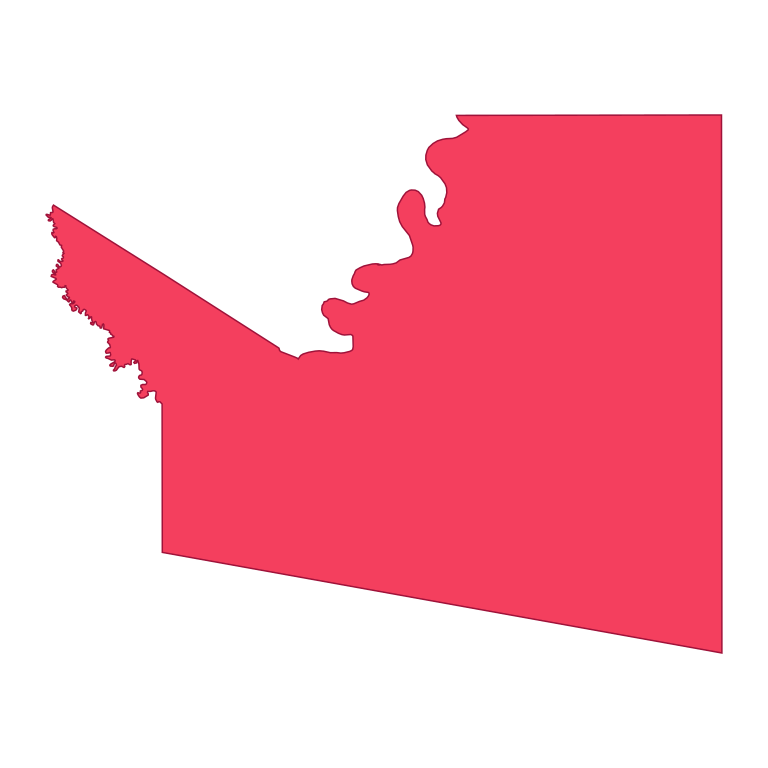 Tarapacá, Amazonas, Colombia (Albers equal-area conic projection), rotated 90°
{"feature_id": "7082276B95886697546678", "entity_name": "Tarapacá", "entity_type": "district", "adm_level": 2, "iso_a3": "COL", "parent_name": "Colombia", "parent_adm1": "Amazonas", "projection": "albers", "projection_center": [-70.159, -2.606], "detail": "fine", "context": "isolated", "style": "filled", "palette": "rose", "viewbox_px": 768, "rotation_deg": 90, "n_neighbors": 0, "source": "geoboundaries", "source_scale": "gbopen_adm2", "svg_char_len": 6168}
<svg xmlns="http://www.w3.org/2000/svg" viewBox="0 0 768 768"><g transform="rotate(90 384 384)"><path d="M552.4,605.7L653.0,46.1L115.0,46.5L115.4,311.6L117.3,311.0L120.5,309.1L124.6,305.3L128.1,300.4L128.9,299.7L129.9,299.9L131.8,302.3L137.3,311.4L138.4,315.4L138.7,321.6L139.3,325.3L140.9,330.5L143.5,334.9L147.4,339.1L150.3,340.7L155.1,342.1L159.6,342.2L164.9,340.6L171.0,336.2L173.1,333.7L173.5,333.5L175.7,329.7L177.7,327.4L183.8,323.0L187.7,321.5L192.7,321.2L197.4,322.3L198.9,323.1L202.9,323.6L206.2,325.5L207.6,326.9L209.2,329.4L213.3,330.6L216.3,330.2L222.6,327.1L223.8,327.0L224.5,327.3L225.2,328.0L225.7,329.5L225.9,334.0L224.9,336.9L223.7,338.7L222.1,340.1L219.5,341.0L216.5,342.6L214.3,343.3L209.5,343.4L207.1,343.1L203.1,343.5L198.5,344.8L195.3,346.3L191.6,349.7L190.2,352.8L190.0,356.7L190.4,358.5L192.4,361.9L196.1,364.8L203.6,369.1L207.6,370.5L210.6,370.6L216.7,369.7L221.7,368.3L226.6,365.7L235.5,358.6L245.2,355.3L247.2,354.9L251.2,355.0L253.4,355.5L256.0,357.0L257.4,359.0L260.0,368.0L262.9,371.8L263.9,375.2L264.3,377.9L264.5,384.0L265.0,386.2L264.4,388.1L264.9,388.3L264.9,389.7L264.6,390.4L264.2,390.4L264.1,388.9L263.9,390.2L263.8,392.4L264.0,395.7L266.0,404.1L267.8,408.1L270.0,411.9L271.4,412.8L273.7,413.6L275.8,414.8L279.6,416.1L281.1,416.2L283.8,415.9L286.5,414.6L288.2,412.7L291.0,406.2L291.8,403.7L292.4,399.8L293.1,399.0L294.1,398.8L296.2,399.7L297.9,401.1L300.2,404.3L301.4,408.5L303.8,414.2L304.2,416.4L303.0,420.5L300.9,424.5L298.4,432.9L298.9,438.0L299.5,439.6L300.6,440.3L301.3,441.5L301.8,443.8L304.1,444.7L305.5,445.8L309.7,446.3L312.8,445.5L315.2,444.3L318.6,439.9L324.8,438.7L327.5,437.4L329.4,435.9L330.5,434.5L333.2,429.7L334.6,426.1L335.0,423.6L334.5,417.2L335.0,416.1L336.1,415.1L346.8,414.8L349.4,415.3L350.4,416.2L351.4,418.2L352.8,424.0L353.1,427.3L352.6,431.2L352.7,437.6L351.2,444.4L350.8,448.7L351.1,452.8L352.3,459.4L354.0,464.9L355.5,467.3L359.0,469.8L358.4,470.2L357.1,473.1L351.7,487.1L350.5,488.4L348.2,489.0L347.8,489.5L274.4,604.3L205.1,714.5L206.5,715.4L207.8,715.7L211.5,715.0L212.4,715.3L212.6,717.4L215.0,717.7L215.1,718.5L214.3,721.1L214.5,721.8L215.0,721.9L217.4,719.6L217.3,717.6L217.6,717.0L218.3,717.2L219.7,719.5L220.3,719.7L220.7,719.5L221.0,717.9L220.1,716.6L218.8,715.6L219.0,715.0L222.4,714.4L223.7,713.2L225.0,714.6L225.8,714.8L226.7,713.8L227.4,711.3L228.1,710.9L228.7,711.5L228.8,713.7L229.3,714.8L230.6,714.9L232.5,714.1L232.9,714.5L232.6,716.1L233.9,716.2L235.1,715.6L237.7,713.5L237.6,712.8L236.7,712.6L236.3,712.3L236.7,711.6L238.4,711.2L240.7,711.4L242.2,709.5L244.9,708.1L245.4,706.4L247.2,706.7L251.1,704.3L252.8,705.1L253.3,704.0L255.3,705.7L255.9,705.7L256.8,704.6L257.7,704.6L258.2,705.1L258.5,706.1L258.9,706.4L259.8,706.0L260.6,705.1L261.2,705.2L261.5,705.9L261.2,708.4L259.8,709.4L259.8,709.9L260.5,710.1L261.3,710.0L262.8,707.8L263.9,707.0L265.3,706.6L266.1,706.8L266.8,707.7L266.9,708.6L264.4,710.4L264.4,711.2L265.1,711.7L266.1,711.7L267.4,710.0L268.3,709.3L269.8,711.8L270.6,711.8L271.6,711.3L272.2,711.4L272.4,712.3L272.1,712.9L269.9,714.5L270.0,715.0L270.8,715.6L271.7,715.6L272.2,715.3L273.9,712.6L274.8,712.3L275.0,712.8L274.3,714.6L274.4,715.6L275.0,716.5L276.4,716.8L278.4,712.1L279.0,711.8L279.4,711.9L281.2,714.6L281.7,715.0L282.2,715.0L284.7,710.5L285.2,710.2L286.5,710.4L287.2,709.5L287.2,707.7L287.7,706.3L287.2,705.0L287.3,703.7L286.8,703.1L285.7,702.9L285.8,702.2L286.6,702.3L288.4,701.3L290.0,699.9L290.6,700.4L291.1,702.0L291.9,701.9L292.6,700.7L293.4,700.2L293.9,700.4L294.5,701.5L295.2,701.7L297.0,699.8L297.3,698.7L297.9,698.6L299.3,700.3L299.2,701.2L295.6,703.7L296.0,704.9L296.9,705.4L297.6,705.4L298.8,704.4L299.9,701.4L301.9,699.5L301.8,698.9L300.3,698.4L300.0,697.6L300.3,697.1L302.0,696.5L302.4,695.9L302.4,695.2L301.0,694.2L301.4,693.3L302.0,693.2L303.4,694.4L303.7,695.1L303.7,697.4L304.4,698.4L305.1,698.2L306.0,697.3L307.9,696.2L309.8,696.2L310.6,695.8L311.1,694.6L310.3,692.4L309.6,691.6L308.6,691.1L307.9,691.2L307.5,692.7L306.7,693.4L305.7,693.1L305.1,691.9L305.5,690.8L307.5,689.0L308.7,688.7L311.8,689.4L313.6,687.4L313.4,686.9L311.8,686.7L310.9,685.2L309.6,684.7L309.3,683.8L309.7,682.9L310.5,681.9L311.1,681.8L313.0,682.6L315.3,682.6L315.5,682.1L314.7,680.6L314.9,680.1L316.9,678.8L318.4,679.6L318.8,679.3L318.5,678.6L316.9,677.3L316.8,676.7L317.1,676.4L318.4,676.5L320.4,676.1L322.3,675.1L322.7,675.4L322.5,677.2L323.4,677.4L324.0,677.1L324.9,675.5L324.8,674.5L321.9,673.4L321.5,672.5L322.1,671.8L323.9,671.6L325.7,670.0L326.2,668.2L327.9,667.8L328.1,667.1L327.8,666.3L324.4,665.5L324.0,664.6L324.9,664.1L328.8,664.3L330.5,658.6L331.1,658.4L332.3,658.6L332.9,657.5L334.1,657.3L334.4,656.3L335.8,655.4L336.3,654.1L336.9,654.1L337.3,654.5L338.2,659.1L339.0,660.1L340.5,659.5L341.6,660.3L342.3,660.4L344.5,658.3L347.1,657.6L347.7,657.9L347.9,659.3L350.0,661.6L351.3,662.4L352.1,662.3L352.9,662.0L353.2,661.6L353.0,659.5L352.5,658.6L352.6,657.8L354.9,657.3L356.0,658.0L356.3,661.4L356.6,662.1L357.2,662.4L358.0,661.8L358.3,660.4L360.1,656.5L359.8,653.7L360.2,653.0L360.9,652.9L361.7,653.2L364.0,657.2L365.1,658.2L365.8,658.0L366.1,657.5L366.3,655.1L365.8,654.4L363.1,653.5L362.9,653.0L363.3,652.2L365.2,651.5L366.4,652.5L368.8,653.4L370.2,654.6L370.8,654.4L370.9,653.1L370.2,651.6L367.1,649.3L366.5,648.2L366.3,646.2L367.4,644.3L367.4,643.8L366.6,643.2L365.3,643.6L364.5,643.1L364.3,641.7L363.6,640.0L364.7,638.2L364.7,637.2L364.3,636.8L361.8,636.9L359.2,636.4L358.9,636.0L359.9,632.6L360.8,632.5L362.4,634.2L363.4,633.5L362.9,631.4L360.7,630.9L360.5,630.3L364.0,629.1L369.1,628.9L370.0,628.2L370.8,626.4L372.2,625.8L374.5,626.1L375.0,626.7L375.3,628.1L376.0,628.9L377.1,629.4L378.1,629.2L379.2,628.2L379.5,623.9L381.6,621.5L382.6,621.2L383.8,621.6L384.5,622.4L384.5,625.4L385.3,627.1L387.0,627.1L388.6,625.7L389.5,625.4L390.4,625.8L391.0,627.6L391.7,627.7L392.5,627.4L392.9,627.6L393.1,628.7L392.7,630.1L393.0,630.4L393.7,630.5L395.6,629.5L397.2,628.3L398.1,627.1L397.8,624.2L395.1,619.8L393.9,619.7L392.5,620.5L391.4,620.3L391.4,617.5L390.8,615.1L390.8,613.6L391.4,612.4L392.2,611.8L398.1,612.5L399.3,612.3L401.8,611.0L402.3,610.2L401.7,609.3L401.8,608.0L404.0,605.9L552.4,605.7Z" fill="#f43f5e" stroke="#9f1239" stroke-width="1.5"/></g></svg>